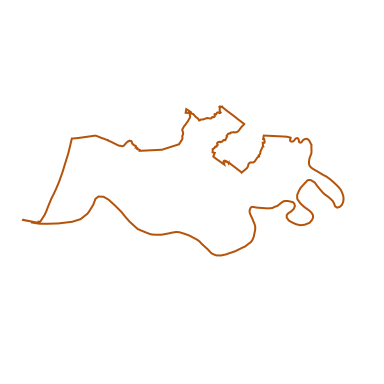 Pueblo Viejo, Veracruz, Mexico (Mercator projection), rotated 205°
{"feature_id": "50627088B14771067875898", "entity_name": "Pueblo Viejo", "entity_type": "district", "adm_level": 2, "iso_a3": "MEX", "parent_name": "Mexico", "parent_adm1": "Veracruz", "projection": "mercator", "projection_center": [-97.929, 22.164], "detail": "fine", "context": "isolated", "style": "outline", "palette": "amber", "viewbox_px": 384, "rotation_deg": 205, "n_neighbors": 0, "source": "geoboundaries", "source_scale": "gbopen_adm2", "svg_char_len": 6000}
<svg xmlns="http://www.w3.org/2000/svg" viewBox="0 0 384 384"><g transform="rotate(205 192 192)"><path d="M225.3,135.4L224.1,135.6L221.7,135.6L213.9,136.0L211.2,136.3L209.1,137.0L206.3,138.2L201.7,140.3L194.7,145.3L192.7,146.9L189.4,149.1L186.4,150.2L180.8,151.0L176.4,151.4L167.7,151.0L164.4,150.4L161.3,149.1L153.5,146.7L149.6,145.1L148.2,144.7L147.2,144.6L144.7,144.7L142.8,144.9L141.6,145.6L139.2,146.5L134.3,150.2L133.4,151.3L131.0,153.5L127.7,156.7L122.9,162.7L120.9,165.0L119.1,168.5L117.5,171.4L117.0,174.0L117.1,177.5L118.4,182.9L119.0,185.0L120.1,187.4L121.9,189.5L124.6,191.9L126.3,193.6L127.8,194.7L129.9,196.6L131.0,197.7L131.9,199.4L132.2,200.8L132.2,202.1L132.1,202.8L131.6,203.6L130.9,204.1L126.5,205.3L117.8,208.6L114.6,210.1L112.4,211.5L110.4,213.9L108.7,215.5L106.3,220.4L104.7,222.7L101.5,224.3L98.4,225.0L96.2,225.4L94.4,224.7L92.8,222.8L92.6,219.9L93.4,217.6L94.2,215.8L95.7,213.6L96.4,211.1L95.4,208.9L92.1,207.0L87.5,206.7L83.9,206.8L79.7,207.7L76.1,209.9L72.4,213.8L71.4,217.6L71.5,220.2L72.7,222.2L74.8,223.7L78.0,224.8L81.0,225.3L83.9,225.9L86.6,226.7L89.2,227.6L91.4,228.9L93.2,229.8L94.4,231.5L95.4,233.8L95.6,237.4L95.4,241.4L94.0,246.0L92.3,251.3L91.2,252.3L89.3,253.0L84.8,252.5L81.1,250.4L77.1,248.5L73.8,247.0L70.6,245.9L66.5,245.2L62.6,244.0L60.4,243.2L58.5,241.7L56.2,239.5L53.8,239.2L51.8,241.0L50.7,243.7L50.8,247.2L51.4,248.6L51.4,249.0L52.2,250.7L53.4,252.5L55.4,254.6L58.0,256.8L61.2,258.4L65.1,259.8L68.5,260.9L72.1,261.9L76.7,262.8L80.1,262.9L87.5,263.7L90.9,263.9L94.0,264.4L96.1,265.2L97.9,266.9L99.1,269.7L99.8,272.6L100.0,275.7L100.0,277.0L100.9,279.4L102.9,283.4L103.5,285.0L103.9,285.5L104.5,285.7L106.4,287.4L107.6,288.1L108.7,288.6L109.9,288.8L110.5,288.6L111.6,288.1L112.7,286.9L113.3,285.8L113.7,283.9L113.9,283.2L114.5,282.6L115.1,282.4L115.8,282.5L116.2,282.7L117.4,284.4L118.2,285.2L119.3,285.4L120.4,284.6L120.9,283.3L121.2,281.7L121.8,280.6L122.8,279.8L123.7,279.6L124.7,279.9L125.2,280.7L125.4,282.1L125.4,282.8L125.8,282.9L129.7,282.1L132.4,281.0L150.8,273.5L149.9,270.1L149.0,270.5L148.7,270.1L148.2,269.3L148.1,269.1L147.6,268.7L147.4,268.2L147.2,267.2L148.7,266.6L147.1,263.7L146.7,263.4L147.1,263.1L147.1,257.6L146.8,256.9L146.7,256.5L146.5,255.8L146.4,255.3L146.5,254.7L146.8,253.8L147.1,253.3L146.2,252.5L146.9,251.6L147.3,251.0L147.4,250.4L148.0,246.7L148.2,245.9L148.4,245.5L148.9,244.9L149.3,244.5L149.8,244.3L151.5,243.5L151.9,243.1L152.3,242.3L152.6,241.5L152.1,238.6L152.2,237.3L152.8,235.8L155.2,230.6L155.3,230.7L170.1,234.0L170.5,233.3L170.8,233.8L171.0,234.1L171.2,234.4L171.3,234.1L172.2,233.9L172.7,234.1L173.5,234.1L173.8,233.7L174.3,234.1L174.2,234.4L174.7,234.4L176.0,234.1L176.3,233.5L176.3,233.1L174.3,230.5L184.2,232.3L187.7,233.1L187.9,237.1L190.1,236.6L190.2,237.0L191.4,239.6L190.8,240.1L190.8,240.6L190.5,241.1L190.2,241.4L190.1,241.9L190.2,242.7L189.0,243.4L189.2,243.9L189.3,244.5L188.7,244.9L188.6,245.6L189.5,246.5L189.9,246.8L189.7,247.4L189.6,248.0L189.2,248.4L188.8,248.7L188.1,249.3L187.4,249.1L187.2,249.5L186.9,249.6L186.4,250.1L186.1,250.2L185.8,250.8L185.7,251.3L185.4,252.2L185.2,252.6L183.7,253.0L183.8,254.4L183.7,256.3L183.7,257.1L184.3,257.4L184.4,257.6L184.2,258.1L184.0,259.1L184.0,259.8L183.8,260.1L183.5,260.2L183.3,260.4L183.2,260.6L182.9,261.0L182.3,261.0L182.2,261.2L182.1,261.7L181.9,262.2L181.6,262.3L181.1,262.9L180.1,263.3L179.9,263.6L179.4,263.9L179.2,264.0L178.7,263.9L178.0,264.2L176.3,265.8L175.9,266.4L175.5,267.7L174.7,271.7L174.3,272.8L173.7,274.5L173.4,275.7L178.9,276.9L180.5,277.2L184.9,278.3L195.8,280.6L200.1,281.7L200.6,282.1L200.8,281.8L201.2,281.5L201.4,281.6L201.7,281.7L202.1,281.5L202.8,281.4L203.1,281.0L203.2,280.7L202.2,280.4L202.2,279.7L201.9,279.0L201.8,278.4L201.4,277.9L200.9,276.8L200.6,276.5L200.3,276.5L199.6,276.2L199.7,275.9L199.8,275.5L200.4,275.1L201.5,275.2L202.0,275.2L202.5,274.8L202.8,274.5L202.9,273.9L202.9,273.1L203.0,272.5L203.4,272.2L204.3,272.3L204.4,272.1L204.4,271.8L203.8,271.0L203.4,270.3L203.4,269.6L203.9,269.0L204.3,268.8L204.8,268.8L205.4,268.3L205.5,267.4L205.8,266.7L206.9,266.2L208.1,265.9L209.1,265.4L209.5,265.5L212.7,262.4L214.6,261.4L215.3,260.0L215.9,259.9L216.3,260.4L216.7,260.6L218.0,261.2L218.9,261.4L220.1,261.5L222.3,262.5L224.0,263.2L225.6,262.8L226.6,263.9L229.2,264.2L230.2,264.5L232.2,264.7L231.5,262.0L231.2,261.1L229.1,262.0L228.6,263.0L227.6,262.4L225.6,259.6L225.3,258.6L225.6,255.3L225.6,254.3L226.1,252.4L226.2,251.4L227.0,247.8L227.2,244.8L227.1,244.1L226.4,243.5L226.2,243.1L225.6,242.5L225.2,242.1L224.8,241.3L224.6,240.7L224.4,239.4L224.5,238.5L223.6,237.3L223.3,236.6L223.2,235.8L223.2,234.6L223.5,233.7L223.4,233.5L223.6,232.1L223.7,231.6L223.9,230.8L223.9,229.8L237.1,217.6L256.6,207.3L256.6,207.7L256.9,208.0L258.2,208.0L258.5,207.8L259.1,207.7L259.4,207.8L259.8,207.8L259.8,208.5L260.1,208.7L260.9,208.8L261.4,208.7L261.7,208.5L261.8,209.4L262.1,209.8L262.6,210.0L263.6,209.7L263.9,209.8L264.1,210.1L265.0,210.0L265.4,210.4L266.1,210.5L266.4,210.5L267.1,211.2L267.8,211.9L267.9,212.2L268.5,212.5L269.1,212.5L269.3,212.4L270.0,212.0L270.5,212.0L270.8,211.3L271.2,210.8L271.3,210.8L271.3,210.6L271.6,210.2L272.2,209.1L272.9,206.9L273.1,205.9L273.4,205.2L273.9,204.5L274.4,204.1L275.0,203.8L276.1,203.7L276.6,203.6L277.2,203.2L279.7,203.1L286.4,203.3L290.0,203.2L290.2,203.5L290.4,203.4L290.8,203.3L292.8,203.1L294.8,203.1L295.5,202.8L297.6,202.7L300.1,202.6L301.0,202.5L302.1,202.5L303.7,202.1L318.0,192.8L323.3,189.7L323.5,189.6L321.7,181.1L320.4,174.4L318.9,163.3L317.9,156.4L316.8,145.4L316.5,137.8L316.5,130.6L316.7,127.5L316.3,118.2L315.9,113.0L315.9,109.0L316.9,101.4L317.3,100.7L318.7,100.2L318.7,99.5L318.9,99.1L319.3,98.9L323.1,97.9L331.3,95.9L332.4,95.6L333.0,95.6L333.3,95.5L333.3,95.2L332.8,95.3L332.4,95.4L324.3,97.6L324.1,96.7L317.1,98.7L310.0,101.9L299.9,107.0L288.1,114.3L281.6,120.2L277.6,128.1L277.0,130.9L276.1,138.8L276.6,145.0L274.8,148.4L270.1,150.3L264.4,149.8L256.3,147.3L247.5,144.1L241.9,141.3L235.9,138.7L225.3,135.4Z" fill="none" stroke="#b45309" stroke-width="2"/></g></svg>